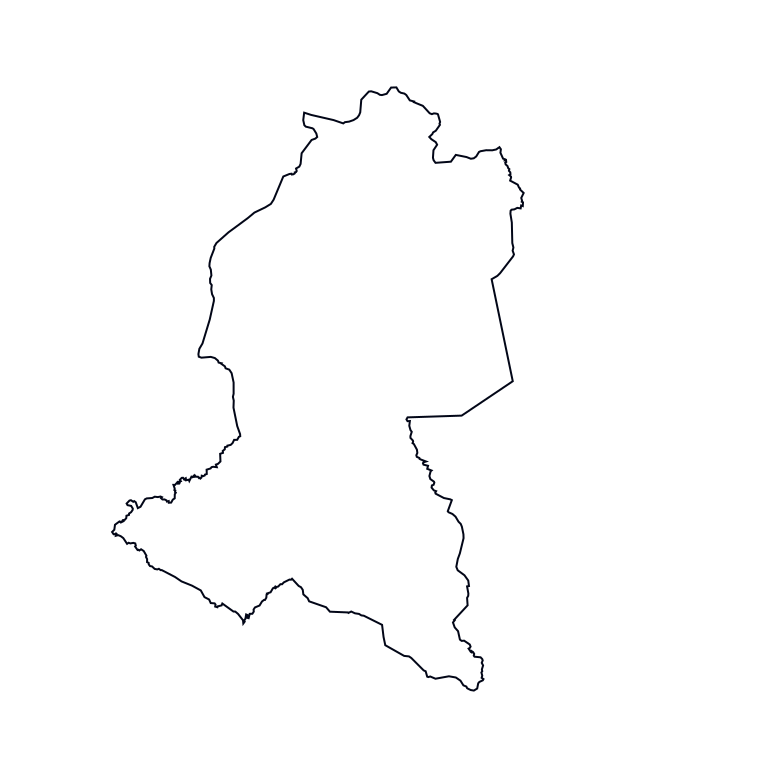 Gourma, Gourma, Burkina Faso, rotated 114°
{"feature_id": "67063806B98154706729521", "entity_name": "Gourma", "entity_type": "district", "adm_level": 2, "iso_a3": "BFA", "parent_name": "Burkina Faso", "parent_adm1": "Gourma", "projection": "mercator", "projection_center": [0.724, 12.228], "detail": "fine", "context": "isolated", "style": "outline", "palette": "ink", "viewbox_px": 768, "rotation_deg": 114, "n_neighbors": 0, "source": "geoboundaries", "source_scale": "gbopen_adm2", "svg_char_len": 6166}
<svg xmlns="http://www.w3.org/2000/svg" viewBox="0 0 768 768"><g transform="rotate(114 384 384)"><path d="M120.7,374.9L124.1,376.9L126.5,380.2L128.9,385.8L132.1,390.5L133.4,391.6L138.6,392.3L141.3,393.8L142.9,396.3L143.1,400.9L145.5,411.6L153.7,413.3L161.0,426.9L159.4,429.7L157.4,431.3L150.3,433.9L143.8,432.8L142.0,435.1L141.1,440.3L139.9,443.1L136.0,441.5L134.2,441.5L131.6,439.7L124.5,438.3L123.6,439.2L121.8,439.3L115.9,444.2L115.5,444.8L115.8,446.5L116.5,448.5L118.0,450.0L118.1,452.4L114.1,461.6L114.4,471.4L113.7,471.4L114.4,475.8L110.9,481.2L110.4,483.5L111.1,487.1L110.7,489.5L108.0,493.3L110.3,498.1L117.8,499.6L120.9,503.4L121.5,505.4L121.0,508.3L121.8,514.7L123.0,516.8L133.5,520.4L145.5,516.2L148.6,516.1L151.7,516.8L155.3,519.2L158.5,522.6L160.7,526.2L162.5,527.2L163.4,537.4L167.8,559.9L168.6,567.3L175.8,565.1L180.0,562.0L180.7,560.1L179.5,553.4L179.7,552.1L182.7,547.7L185.5,545.5L187.7,546.5L190.5,549.4L206.7,553.1L216.9,549.7L219.9,549.8L222.9,552.0L224.9,550.4L226.2,550.6L227.0,551.6L227.9,551.2L229.3,552.1L230.1,553.4L229.5,554.0L230.6,555.8L235.4,560.4L260.5,559.8L265.5,560.6L270.9,564.3L280.1,572.1L288.0,576.0L308.6,587.7L323.3,594.4L327.7,594.9L329.3,594.1L339.3,593.6L344.5,592.5L347.5,591.4L350.0,588.7L355.1,585.8L358.7,585.7L362.4,583.9L363.7,581.6L367.8,580.3L371.9,577.6L374.6,574.4L377.3,573.2L396.0,569.4L420.8,566.3L426.9,567.0L432.2,565.7L434.4,564.3L434.2,561.5L429.7,553.3L429.1,549.1L430.2,545.2L431.7,543.8L431.2,541.2L431.6,541.4L432.6,536.5L434.1,535.1L433.8,531.2L436.1,527.6L443.8,522.0L454.1,517.4L457.2,516.8L460.3,514.5L466.8,511.9L482.1,501.0L488.3,495.1L490.2,494.1L491.3,495.1L494.7,495.4L496.0,498.2L499.5,498.3L502.0,499.3L504.0,502.0L504.9,501.7L506.4,503.6L508.5,502.9L510.7,504.1L512.4,503.1L514.4,505.3L521.3,501.9L524.5,503.2L526.0,504.8L528.0,502.9L529.1,506.4L530.1,507.7L531.7,508.1L534.4,511.2L538.3,509.3L539.6,510.7L540.5,510.6L541.7,511.7L541.9,513.2L543.7,512.7L545.1,513.3L544.7,514.4L545.2,514.8L544.4,516.2L545.2,518.0L544.5,519.5L545.9,519.4L546.3,520.1L545.6,520.6L547.1,521.2L547.0,522.2L551.8,522.4L550.8,523.4L552.7,526.0L552.5,526.9L551.3,526.4L550.7,526.8L552.4,528.0L551.4,529.4L552.0,530.6L554.5,531.5L555.4,530.1L556.9,531.9L557.3,530.5L558.2,530.5L558.9,531.8L557.9,532.8L561.2,533.9L561.8,535.3L564.6,532.7L566.2,532.3L566.2,531.3L567.7,531.0L568.0,530.0L569.8,530.3L573.6,528.7L575.5,529.9L578.9,530.2L580.0,532.3L578.5,533.1L579.7,534.5L578.8,535.4L578.7,537.5L579.6,539.4L579.0,541.2L577.7,540.8L577.7,542.4L579.3,544.6L580.2,547.6L582.4,549.3L585.0,554.2L586.6,555.5L595.2,556.5L597.5,558.4L593.0,562.7L592.6,564.6L593.6,565.2L593.1,567.9L594.0,569.1L597.9,570.5L599.0,569.0L598.2,565.4L600.0,562.8L601.3,562.4L604.0,562.9L606.0,564.2L607.3,563.7L609.1,565.7L611.4,564.9L613.6,565.6L614.5,567.0L615.1,566.5L615.9,567.4L615.9,566.7L617.6,568.1L617.2,569.8L622.0,572.5L626.8,571.1L629.8,572.2L631.2,570.0L631.2,569.3L629.5,568.1L629.8,567.2L631.6,567.1L630.2,565.4L630.1,562.6L630.8,559.5L634.5,553.7L632.9,552.7L632.8,550.9L631.1,548.4L630.8,546.4L632.6,545.0L633.7,545.3L635.9,541.6L635.3,540.9L635.6,539.8L633.8,538.7L634.3,535.6L637.5,531.2L638.8,531.1L640.3,529.2L643.1,528.0L643.1,526.3L644.5,525.5L645.5,523.7L645.0,521.7L646.2,518.3L645.6,515.7L644.4,514.5L644.9,512.3L644.4,511.4L645.3,496.4L646.7,488.7L646.3,477.4L647.1,467.4L651.7,461.3L652.0,456.1L654.6,453.2L653.3,449.5L654.0,448.2L656.0,447.7L655.7,445.4L654.8,445.5L652.3,442.3L650.3,442.4L653.1,429.0L652.4,427.3L653.4,423.8L657.2,416.7L660.0,415.1L657.7,414.6L656.7,415.6L654.9,415.1L650.6,416.2L650.6,414.7L653.2,413.7L653.0,412.4L648.6,413.2L647.4,410.8L644.9,410.4L643.1,411.4L640.6,411.0L637.0,407.6L632.3,407.0L630.1,405.8L629.7,404.9L627.1,404.6L624.2,405.6L623.3,405.0L622.9,405.6L620.4,402.9L615.8,402.4L614.7,401.5L614.9,400.2L614.3,399.9L613.8,401.0L613.2,400.9L613.4,400.0L612.1,398.3L609.0,397.2L608.4,395.7L605.9,394.8L601.1,390.8L600.6,389.3L599.3,388.8L603.2,379.8L603.4,377.2L605.1,374.5L609.0,372.1L610.7,366.6L613.0,364.0L611.5,346.1L614.0,340.8L607.3,323.9L607.6,323.4L605.2,321.4L605.3,317.3L604.2,313.3L604.6,310.6L603.9,308.2L604.8,287.8L615.3,281.5L622.1,276.6L624.2,255.0L622.7,250.4L623.2,247.6L629.5,231.3L629.5,229.1L633.8,225.5L633.7,224.3L632.4,222.8L632.3,217.1L624.6,205.8L622.9,199.0L623.9,193.5L627.0,188.9L626.9,185.7L628.1,184.3L628.2,183.2L628.3,180.3L627.5,177.2L624.3,175.0L619.1,176.2L617.4,175.7L614.5,173.2L613.1,173.1L612.7,175.3L610.5,175.6L607.9,177.7L606.5,177.4L604.9,178.5L600.8,179.0L599.0,181.3L596.4,181.4L595.3,182.4L594.4,184.6L596.3,190.4L595.7,191.5L593.9,191.8L592.7,193.5L592.4,195.3L593.5,195.0L593.4,195.8L591.3,199.1L590.3,198.3L588.7,198.1L587.1,199.7L585.9,206.4L587.1,208.6L586.6,210.7L579.7,215.8L577.6,220.4L573.8,224.0L571.0,223.3L570.9,224.0L552.2,217.6L545.6,221.1L543.3,220.9L541.1,221.7L535.1,225.8L534.0,224.2L529.3,227.1L526.0,232.7L524.2,240.9L521.6,243.6L513.8,245.4L507.9,245.8L492.5,248.6L489.0,250.3L482.7,254.8L480.6,257.0L479.5,259.9L476.1,264.7L474.9,268.6L474.9,272.9L474.3,274.0L462.5,274.8L462.4,276.5L463.8,282.9L463.2,292.2L462.4,293.0L460.7,292.8L460.9,295.2L459.3,298.4L457.2,299.0L455.9,297.7L453.6,297.9L452.9,298.6L452.0,303.0L449.6,305.1L444.8,305.9L443.7,305.4L443.9,310.0L440.8,310.5L441.6,315.1L440.5,316.2L439.5,316.1L437.7,314.1L438.0,319.8L437.9,321.1L437.2,321.6L437.2,324.4L435.9,325.5L433.4,325.5L430.6,327.2L426.7,332.3L426.4,333.9L424.9,333.9L423.9,334.6L422.5,337.9L420.8,338.7L416.4,339.2L415.3,341.1L411.9,343.9L407.3,345.3L408.4,347.4L407.2,349.1L404.9,348.9L381.3,300.2L329.1,267.5L244.5,328.3L239.1,324.4L235.5,323.0L214.9,318.0L212.7,318.0L209.9,320.7L206.7,321.3L203.1,324.1L184.5,332.9L177.0,337.8L174.2,338.8L172.9,338.4L171.4,335.9L168.9,333.9L168.0,330.6L165.1,331.3L165.0,329.6L161.5,330.9L161.5,332.3L160.3,332.5L158.2,334.3L152.7,334.1L151.0,338.8L150.0,339.2L149.7,340.5L147.5,342.9L146.9,351.5L143.6,351.9L142.8,352.4L142.2,354.6L140.9,353.8L139.3,354.7L138.4,356.6L136.7,356.9L136.3,358.3L134.6,359.9L133.9,362.2L132.4,363.3L131.5,362.6L129.8,363.6L130.5,364.7L129.5,364.8L129.7,366.9L126.8,370.1L125.4,371.7L122.0,372.7L120.7,374.9Z" fill="none" stroke="#020617" stroke-width="2"/></g></svg>